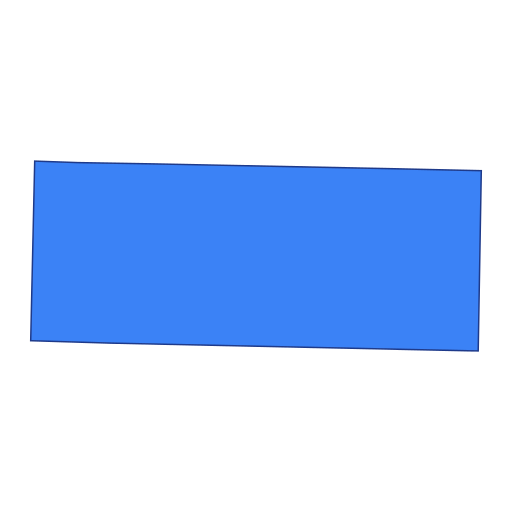 Douglas, Missouri, United States of America
{"feature_id": "52423323B63572960553065", "entity_name": "Douglas", "entity_type": "district", "adm_level": 2, "iso_a3": "USA", "parent_name": "United States of America", "parent_adm1": "Missouri", "projection": "albers", "projection_center": [-92.554, 36.932], "detail": "fine", "context": "isolated", "style": "filled", "palette": "blue", "viewbox_px": 512, "rotation_deg": 0, "n_neighbors": 0, "source": "geoboundaries", "source_scale": "gbopen_adm2", "svg_char_len": 248}
<svg xmlns="http://www.w3.org/2000/svg" viewBox="0 0 512 512"><path d="M34.7,161.1L30.7,340.7L110.2,343.1L469.2,350.8L478.2,350.9L481.3,170.7L392.1,168.7L153.9,163.9L77.8,162.6L34.7,161.1Z" fill="#3b82f6" stroke="#1e3a8a" stroke-width="1.5"/></svg>